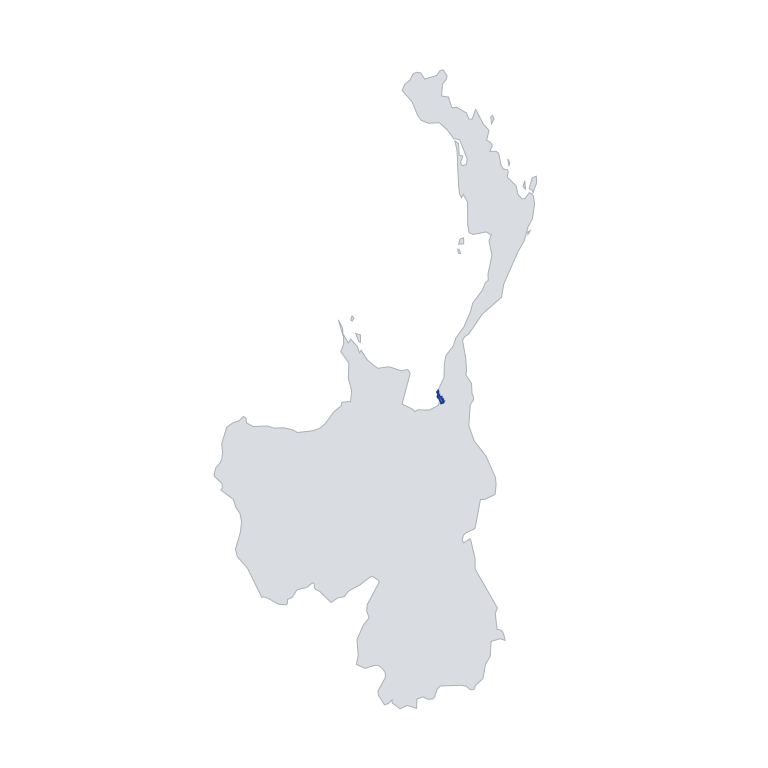 location of Ban Laem, Phetchaburi, Thailand, rotated 188°
{"feature_id": "78962969B10571681273524", "entity_name": "Ban Laem", "entity_type": "district", "adm_level": 2, "iso_a3": "THA", "parent_name": "Thailand", "parent_adm1": "Phetchaburi", "projection": "robinson", "projection_center": [99.981, 13.152], "detail": "fine", "context": "in_parent", "style": "filled", "palette": "blue", "viewbox_px": 768, "rotation_deg": 188, "n_neighbors": 0, "source": "geoboundaries", "source_scale": "gbopen_adm2", "svg_char_len": 6061}
<svg xmlns="http://www.w3.org/2000/svg" viewBox="0 0 768 768"><g transform="rotate(188 384 384)"><path d="M331.5,69.3L332.1,72.4L335.1,68.3L338.8,66.3L346.4,75.3L347.2,79.1L341.8,93.5L342.6,98.3L346.2,102.3L350.4,104.6L354.8,103.9L363.1,99.8L372.3,102.5L371.8,112.0L375.2,127.2L370.7,142.7L366.2,150.3L369.6,157.0L369.9,163.2L361.1,187.3L362.9,189.2L368.5,191.8L370.8,191.0L380.1,181.5L390.3,174.1L393.6,167.9L400.1,165.8L405.9,160.3L419.3,170.0L422.9,170.9L424.6,172.5L425.3,176.6L426.9,177.2L432.4,171.7L441.6,168.1L445.2,159.8L449.5,157.3L449.1,153.2L450.4,151.7L457.9,151.3L469.4,155.7L473.4,156.6L475.3,155.6L493.4,182.4L505.2,192.6L508.1,199.6L505.5,217.5L505.9,227.8L508.5,235.6L513.5,241.1L517.2,248.8L530.8,256.3L529.6,258.2L530.6,263.1L539.0,268.7L539.7,270.6L538.8,277.8L535.0,283.4L534.2,287.9L534.2,293.4L536.4,301.9L533.8,319.2L528.8,324.1L522.3,327.6L518.7,332.3L516.0,331.1L514.7,326.3L507.5,323.7L493.6,326.2L486.7,325.0L477.4,326.7L468.3,326.0L463.0,323.9L447.8,327.8L441.5,331.2L436.9,336.2L430.1,349.0L423.2,356.8L423.2,360.0L414.7,362.0L415.1,372.9L420.1,384.7L421.6,399.6L431.3,410.1L429.4,417.5L430.6,424.6L438.1,441.2L432.7,433.3L431.6,428.0L425.2,419.7L423.2,423.8L415.7,417.6L412.5,411.5L411.4,414.2L403.9,405.5L396.4,400.9L392.2,398.7L381.6,401.8L368.2,399.4L363.0,401.7L360.9,400.3L359.6,397.7L363.3,366.7L351.7,362.8L349.7,360.8L347.2,363.1L335.8,364.4L327.6,370.1L326.5,374.8L330.3,383.3L325.5,398.7L327.1,413.2L326.5,421.1L320.7,431.3L319.3,439.4L312.8,451.7L308.5,467.4L307.4,476.5L299.8,490.3L297.9,498.1L295.2,501.1L296.3,507.3L295.0,526.4L299.9,540.2L298.6,546.6L303.9,548.9L316.4,544.5L320.7,545.6L323.3,553.2L326.5,575.8L331.8,582.8L333.1,579.3L335.6,582.9L337.5,589.7L344.2,625.4L347.6,634.7L343.6,632.3L341.4,621.1L337.7,620.7L339.0,613.5L336.7,611.0L332.9,613.0L333.0,618.6L343.0,636.4L349.2,636.9L357.1,644.7L365.6,650.5L376.4,648.4L383.9,650.3L388.3,655.1L395.4,667.2L406.9,677.2L405.2,683.5L400.6,688.6L398.3,695.2L395.1,697.2L390.8,697.2L386.2,691.6L374.8,696.8L372.2,702.0L369.3,703.4L364.3,697.6L364.7,694.3L367.9,689.5L367.0,677.2L360.2,677.1L355.6,667.8L354.1,666.9L350.9,668.3L340.0,663.9L336.9,658.2L333.6,658.6L331.4,668.6L321.9,655.3L315.3,649.8L316.3,639.9L311.8,637.8L309.9,635.0L311.6,629.1L305.4,630.0L302.5,628.4L298.9,617.7L295.8,613.5L291.8,613.5L290.5,611.4L290.8,606.1L280.8,598.7L277.6,590.2L272.9,586.4L269.9,587.6L266.9,593.6L264.6,593.2L262.5,591.5L259.9,583.0L260.1,568.1L263.3,559.4L265.0,545.5L269.7,533.8L279.3,499.7L279.7,486.3L296.2,467.2L307.1,445.2L310.7,442.0L312.3,438.0L306.5,420.3L304.0,408.1L304.4,404.8L297.4,396.6L295.6,387.0L293.7,384.0L293.1,380.9L295.7,375.3L294.2,354.4L286.6,340.0L272.8,326.6L260.6,306.9L259.0,300.0L258.6,290.1L268.5,283.5L272.4,283.1L273.8,253.6L282.3,247.9L284.1,245.5L285.0,240.5L283.0,237.7L277.5,242.6L276.4,241.5L269.6,224.1L268.1,213.6L240.6,178.1L241.9,172.2L237.9,156.8L233.8,156.6L231.1,153.8L228.3,147.0L233.6,147.9L242.2,144.0L240.8,129.1L244.5,120.5L245.0,106.3L251.6,97.9L252.5,93.8L256.1,93.3L260.9,96.3L265.8,96.4L286.3,92.8L288.9,89.0L290.2,81.2L292.2,78.7L296.8,78.0L302.1,79.6L307.6,76.5L306.6,67.3L316.4,68.9L322.8,64.6L331.5,69.3ZM267.4,597.6L266.0,608.7L262.1,611.0L260.8,604.5L263.1,594.1L264.2,596.5L267.4,597.6ZM329.6,532.8L328.9,538.2L325.5,539.9L324.6,533.9L329.6,532.8ZM414.8,422.4L419.0,430.0L414.1,429.3L413.2,422.0L414.8,422.4ZM314.1,665.1L311.9,661.9L313.7,656.8L315.5,663.0L314.1,665.1ZM273.8,598.8L272.9,604.9L271.0,596.6L273.8,598.8ZM329.7,528.0L327.9,527.3L326.3,523.8L328.6,523.9L329.7,528.0ZM290.6,617.0L292.8,624.1L290.3,620.8L290.6,617.0ZM425.7,442.5L425.1,447.0L422.9,445.1L424.3,441.8L425.7,442.5ZM262.8,554.6L260.4,556.3L262.3,552.1L262.8,554.6Z" fill="#d9dde1" stroke="#a8b0b8" stroke-width="1"/><path d="M322.5,374.7L322.4,374.8L322.2,375.1L322.2,375.3L322.2,375.2L322.3,375.2L322.3,375.3L322.2,375.4L322.3,375.4L322.5,375.3L322.7,375.5L322.8,375.5L322.9,375.8L322.9,375.7L323.1,375.8L323.0,375.7L323.3,375.6L323.2,375.6L323.3,375.7L323.4,375.8L323.5,376.0L323.4,376.3L323.3,376.5L323.2,377.0L323.1,377.4L323.2,377.5L323.3,377.4L323.5,377.3L324.0,377.4L324.3,377.2L324.9,377.2L324.9,377.3L325.0,377.3L325.0,377.5L325.1,377.8L325.1,378.1L325.0,378.3L325.0,378.5L324.9,378.6L324.9,378.8L324.9,379.1L325.0,379.3L325.0,379.5L325.2,379.4L325.3,379.4L325.4,379.2L325.5,379.2L325.9,379.0L326.0,379.0L326.2,378.9L326.3,378.9L326.5,379.0L326.6,379.3L326.7,379.5L326.8,379.4L327.1,379.4L327.5,379.2L327.5,379.3L327.8,379.2L328.0,379.2L328.3,379.2L328.4,379.4L328.5,379.5L328.5,379.8L328.4,379.9L328.3,380.0L328.1,380.1L327.9,380.1L327.7,380.1L327.8,380.3L327.7,380.3L327.8,380.4L327.9,380.6L327.9,380.8L328.0,380.8L328.0,381.1L328.2,381.3L328.3,381.3L328.2,381.4L328.5,381.4L328.6,381.5L328.9,381.4L328.9,381.8L328.9,382.4L329.0,382.4L329.0,382.6L329.0,382.8L329.0,383.3L328.9,383.4L329.0,383.5L328.8,383.8L328.8,384.0L329.0,384.2L329.0,384.3L329.0,384.5L329.1,384.8L329.3,385.0L329.3,384.9L329.5,384.8L329.6,384.7L329.8,384.5L329.9,384.4L330.0,384.3L330.2,384.0L330.4,383.7L330.5,383.6L330.4,383.5L330.6,383.2L330.8,382.8L330.7,382.9L330.3,382.8L330.1,382.7L329.7,382.3L329.7,382.2L329.4,381.9L329.4,381.7L329.3,381.4L329.3,381.2L329.3,380.8L329.3,380.7L329.2,380.6L329.3,380.6L329.3,380.3L329.3,380.2L329.3,379.9L329.3,379.7L329.4,379.4L329.4,379.2L329.5,378.9L329.5,378.7L329.4,378.6L329.3,378.4L329.1,378.2L328.7,377.9L328.3,377.7L328.2,377.6L327.9,377.4L327.7,377.3L327.6,377.2L327.3,377.0L327.2,376.8L327.1,376.7L326.9,376.3L326.9,376.2L326.8,375.9L326.7,375.6L326.5,375.4L326.3,375.2L326.1,374.9L325.9,374.7L325.8,374.8L325.7,374.8L325.6,374.7L325.4,374.4L325.3,374.2L325.2,374.1L324.9,373.9L324.7,373.9L324.7,373.7L324.9,373.5L325.0,373.2L325.1,372.6L324.9,372.5L324.7,372.5L324.4,372.8L324.4,373.0L324.2,373.1L323.8,373.0L323.7,373.1L323.4,373.3L323.5,373.5L323.4,373.5L323.5,373.6L323.5,373.8L323.4,373.9L323.2,373.8L322.9,373.8L322.7,373.9L322.6,374.0L322.4,374.2L322.5,374.3L322.6,374.5L322.8,374.6L322.9,374.8L322.7,374.9L322.6,374.7L322.5,374.7Z" fill="#3b82f6" stroke="#1e3a8a" stroke-width="1.5"/></g></svg>